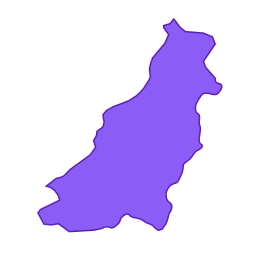 outline of Savona, rotated 175°
{"feature_id": "ITA-5368", "entity_name": "Savona", "entity_type": "Province", "adm_level": 1, "iso_a3": "ITA", "parent_name": "Italy", "parent_adm1": "", "projection": "robinson", "projection_center": [8.236, 44.237], "detail": "fine", "context": "isolated", "style": "filled", "palette": "violet", "viewbox_px": 256, "rotation_deg": 175, "n_neighbors": 0, "source": "natural_earth", "source_scale": "10m", "svg_char_len": 1974}
<svg xmlns="http://www.w3.org/2000/svg" viewBox="0 0 256 256"><g transform="rotate(175 128 128)"><path d="M214.5,77.2L204.1,83.9L199.3,84.7L195.9,85.9L189.0,91.9L168.0,104.5L161.9,111.7L163.4,118.5L160.5,122.5L159.7,124.5L159.3,127.0L158.5,127.8L154.2,130.4L152.7,131.7L151.2,135.9L151.7,139.7L151.7,143.5L147.8,147.4L140.7,150.5L124.8,155.1L116.7,159.4L112.4,162.7L108.7,166.4L102.1,175.1L101.2,177.7L101.5,183.3L101.2,186.1L99.4,191.4L97.3,195.7L83.9,209.2L79.3,217.5L83.6,224.7L83.6,226.9L77.0,228.3L72.9,232.6L67.0,223.3L62.4,219.0L44.7,216.0L36.0,211.5L33.8,204.1L47.0,187.9L45.4,181.7L36.7,169.9L37.0,168.8L36.7,166.8L36.2,165.8L35.5,165.2L33.3,164.3L32.1,163.7L31.3,162.8L30.9,161.7L31.3,159.9L32.2,157.9L34.9,155.1L36.2,154.1L38.0,153.7L40.8,154.1L44.7,155.5L47.5,156.0L48.9,156.0L49.8,155.7L50.6,155.3L52.4,154.0L55.3,150.2L58.0,146.2L58.6,144.6L59.1,142.7L59.1,139.4L58.5,137.7L57.6,136.4L56.5,135.7L55.9,134.3L55.8,132.1L56.6,128.2L56.6,125.8L56.3,124.0L56.0,122.7L55.9,121.3L56.3,118.9L58.2,110.4L58.1,107.9L57.4,106.1L56.4,105.4L55.7,104.5L55.7,103.2L56.4,102.0L58.5,100.6L61.6,99.3L63.5,97.9L65.2,96.0L67.2,93.5L69.1,91.7L74.4,88.3L75.5,87.3L76.2,85.8L76.9,82.1L78.0,78.7L81.1,73.1L82.6,71.0L84.0,69.5L85.1,69.1L89.4,67.9L90.4,67.4L91.3,66.6L92.3,65.7L94.4,62.9L95.4,60.7L96.0,58.5L95.8,54.7L95.2,52.8L94.4,51.4L92.6,49.8L91.9,48.8L91.4,47.7L91.1,46.3L91.5,44.6L92.4,42.2L94.7,38.8L96.0,34.9L97.9,30.5L98.6,29.2L102.9,24.2L106.8,23.4L109.8,26.1L111.2,27.9L111.7,28.6L113.8,30.0L118.3,32.3L121.1,34.6L123.2,36.0L124.6,36.7L129.9,38.3L132.3,39.3L133.2,40.1L134.0,40.9L134.8,41.9L136.0,42.4L137.8,42.3L141.2,40.4L142.7,38.9L143.7,37.4L144.0,36.3L144.5,35.3L144.9,34.7L145.6,34.0L146.4,33.2L150.5,30.4L151.7,30.0L153.2,29.9L155.7,31.0L157.7,31.5L160.0,31.4L162.9,30.2L170.8,29.2L195.6,29.9L205.7,38.7L213.2,38.2L220.1,39.6L225.1,51.3L222.3,54.4L202.3,62.1L203.6,67.6L206.6,72.3L210.7,75.8L214.5,77.2Z" fill="#8b5cf6" stroke="#5b21b6" stroke-width="1.5"/></g></svg>